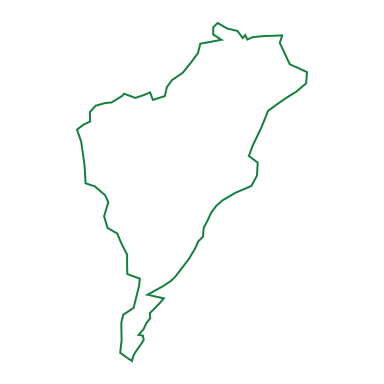 Trimithousa, Paphos, Cyprus (Albers equal-area conic projection)
{"feature_id": "46923920B17841566161623", "entity_name": "Trimithousa", "entity_type": "district", "adm_level": 2, "iso_a3": "CYP", "parent_name": "Cyprus", "parent_adm1": "Paphos", "projection": "albers", "projection_center": [32.443, 34.816], "detail": "fine", "context": "isolated", "style": "outline", "palette": "green", "viewbox_px": 384, "rotation_deg": 0, "n_neighbors": 0, "source": "geoboundaries", "source_scale": "gbopen_adm2", "svg_char_len": 1271}
<svg xmlns="http://www.w3.org/2000/svg" viewBox="0 0 384 384"><path d="M77.0,129.6L81.2,141.7L82.9,153.4L84.6,165.8L85.6,183.3L94.9,186.4L105.2,195.3L108.3,202.2L104.1,216.3L107.6,228.0L117.2,233.5L121.6,243.9L127.1,254.5L127.1,267.3L127.4,274.1L139.8,278.6L139.1,285.8L133.6,307.9L123.3,314.7L121.3,322.7L121.6,340.2L120.2,352.8L127.0,357.7L132.0,361.0L133.4,355.5L135.6,351.9L140.7,344.6L143.7,340.0L142.9,335.7L138.6,334.9L143.6,329.1L146.3,323.2L150.2,318.2L149.8,313.2L159.0,303.9L163.8,298.4L147.5,294.7L162.6,286.4L170.4,281.3L175.2,276.8L188.8,259.1L195.1,248.5L198.3,241.4L203.0,236.6L203.7,227.8L207.5,220.7L211.1,212.8L216.3,205.8L222.2,200.6L235.3,192.8L251.3,186.0L257.0,175.6L257.7,162.6L248.9,156.0L252.4,146.3L260.8,128.7L263.6,122.1L268.0,110.9L277.0,104.3L286.2,97.9L296.0,91.9L303.8,85.3L306.1,83.4L307.0,72.1L289.8,64.3L279.8,42.9L282.2,35.4L263.7,36.1L253.1,37.1L247.3,39.5L245.2,35.1L242.8,38.1L237.4,30.9L227.2,28.5L217.6,23.0L213.2,27.4L213.2,34.5L221.5,39.8L213.4,41.3L200.3,43.7L197.9,53.2L191.7,61.6L182.9,72.6L172.0,80.1L166.9,87.1L164.8,96.1L152.9,99.9L150.1,92.4L143.9,95.0L135.4,97.9L124.0,93.7L122.2,95.9L111.5,102.5L105.1,103.0L95.5,105.8L89.8,112.2L90.2,121.5L83.7,124.5L77.0,129.6Z" fill="none" stroke="#15803d" stroke-width="2"/></svg>